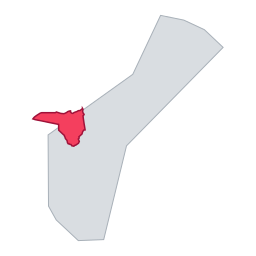 Piti, Guam shown in context
{"feature_id": "77769853B27536991093250", "entity_name": "Piti", "entity_type": "district", "adm_level": 2, "iso_a3": "GUM", "parent_name": "Guam", "parent_adm1": "", "projection": "albers", "projection_center": [144.681, 13.441], "detail": "fine", "context": "in_parent", "style": "filled", "palette": "rose", "viewbox_px": 256, "rotation_deg": 0, "n_neighbors": 0, "source": "geoboundaries", "source_scale": "gbopen_adm2", "svg_char_len": 1198}
<svg xmlns="http://www.w3.org/2000/svg" viewBox="0 0 256 256"><path d="M103.7,239.6L78.3,240.6L56.2,219.9L48.5,206.1L48.1,134.9L132.8,74.3L160.6,15.4L183.8,20.1L204.4,29.7L223.1,47.4L126.5,145.8L103.7,239.6Z" fill="#d9dde1" stroke="#a8b0b8" stroke-width="1"/><path d="M79.3,141.4L78.3,139.0L79.2,138.0L78.9,136.8L82.0,134.0L82.6,131.8L83.7,130.1L85.1,129.9L85.0,129.2L84.4,125.4L84.1,123.8L83.3,118.3L83.0,115.8L83.2,115.6L83.5,115.5L84.1,114.3L83.2,113.2L82.6,111.4L83.0,109.2L82.5,108.4L82.5,108.5L82.4,108.6L80.1,110.5L78.2,110.7L77.2,111.4L74.1,112.5L73.4,113.0L73.1,113.3L72.4,113.4L71.4,113.0L70.9,112.5L70.3,111.8L70.7,111.1L70.3,110.8L68.5,111.3L67.6,111.7L66.6,112.5L65.0,113.3L63.8,113.7L61.8,113.5L60.8,113.4L56.3,112.0L55.7,112.5L55.3,112.7L47.7,112.7L44.9,112.7L42.5,112.7L41.7,112.7L41.2,112.8L40.1,113.2L38.7,114.1L36.5,115.5L34.5,117.0L34.4,117.1L33.9,117.6L32.9,118.9L35.0,119.6L58.6,124.4L58.7,130.2L63.8,135.0L64.1,135.2L64.3,135.3L64.4,135.6L64.6,136.6L65.0,137.1L65.2,137.7L65.4,138.6L67.0,140.4L67.5,142.8L68.3,143.9L69.0,143.7L69.9,144.4L71.0,144.5L71.8,145.8L73.9,146.2L74.5,145.5L75.8,145.1L78.5,143.2L79.3,141.4Z" fill="#f43f5e" stroke="#9f1239" stroke-width="1.5"/></svg>